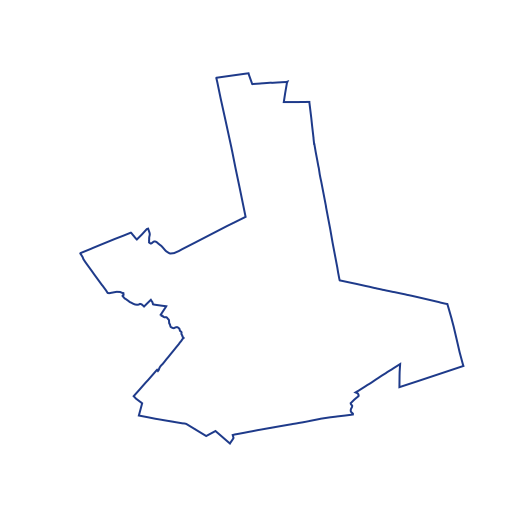 Puiesti, Buzau, Romania (Equal Earth projection), rotated 251°
{"feature_id": "2599482B61093461242490", "entity_name": "Puiesti", "entity_type": "district", "adm_level": 2, "iso_a3": "ROU", "parent_name": "Romania", "parent_adm1": "Buzau", "projection": "equal_earth", "projection_center": [27.232, 45.391], "detail": "fine", "context": "isolated", "style": "outline", "palette": "blue", "viewbox_px": 512, "rotation_deg": 251, "n_neighbors": 0, "source": "geoboundaries", "source_scale": "gbopen_adm2", "svg_char_len": 5949}
<svg xmlns="http://www.w3.org/2000/svg" viewBox="0 0 512 512"><g transform="rotate(251 256 256)"><path d="M148.3,421.3L148.5,420.9L149.4,419.3L149.7,418.8L151.8,415.4L152.9,413.9L154.2,411.8L155.6,409.6L164.2,395.9L167.8,390.1L169.7,386.9L169.8,386.6L171.2,384.5L173.2,381.1L176.8,375.1L177.5,373.7L178.8,371.6L179.4,370.6L180.9,368.0L182.1,366.1L183.0,364.4L183.3,364.1L183.7,363.4L184.2,362.6L184.8,361.6L185.9,359.7L186.6,358.7L187.2,357.5L187.5,357.1L188.2,356.0L189.9,353.4L191.9,350.0L197.2,341.4L198.8,338.7L201.8,333.7L205.0,328.4L205.6,327.3L205.8,327.2L207.7,327.4L211.8,328.0L213.3,328.2L218.5,329.1L243.4,332.7L257.7,335.0L268.9,336.6L279.8,338.2L279.9,338.3L305.1,341.9L308.6,342.3L312.2,342.8L318.7,344.0L320.7,344.2L326.6,345.1L334.9,346.3L342.8,347.6L342.9,347.4L348.2,348.6L349.2,348.9L350.3,349.1L351.1,349.3L360.7,351.4L368.5,353.2L371.8,353.9L384.0,356.5L384.3,356.6L388.2,344.9L392.5,332.4L400.3,336.5L404.5,338.8L409.6,341.6L410.6,342.5L410.6,342.3L410.6,341.4L410.7,341.1L411.8,337.4L412.5,334.8L413.1,332.7L413.8,330.1L414.5,327.5L415.0,326.6L416.9,319.3L417.3,317.9L417.9,315.4L419.0,311.4L419.7,308.8L419.7,308.5L419.8,308.4L429.3,308.3L431.2,308.4L431.4,307.3L431.7,306.0L434.3,292.7L436.9,279.3L437.4,276.7L437.2,276.4L436.9,276.4L435.0,276.2L433.0,276.0L416.7,273.9L393.2,271.2L366.2,268.0L364.8,267.8L362.3,267.5L346.2,265.3L324.7,262.6L296.4,258.9L293.8,238.6L288.4,201.9L286.5,188.5L285.8,184.6L285.6,181.9L285.4,179.5L286.0,176.8L286.3,175.6L287.2,174.6L289.6,172.7L290.7,172.1L292.7,171.3L294.0,170.8L295.4,170.2L296.5,169.7L297.6,168.9L299.5,167.7L300.2,167.3L301.3,166.7L301.9,166.2L302.6,165.3L302.8,164.8L302.9,164.3L302.8,163.7L302.4,162.4L302.1,161.8L302.0,161.2L302.0,160.6L302.4,160.2L303.0,159.7L303.4,159.4L303.8,159.3L304.3,159.6L305.7,160.0L306.9,160.6L307.2,160.6L307.7,160.8L308.6,161.2L309.9,162.0L310.7,162.5L311.2,162.6L311.8,162.8L312.7,162.9L313.6,162.9L315.7,162.9L317.0,162.9L317.0,161.5L313.5,155.1L310.4,148.7L311.2,148.3L312.9,147.6L313.4,147.4L314.4,147.1L315.3,146.7L318.6,145.5L318.8,145.3L318.8,144.7L318.4,137.3L318.3,134.6L318.1,128.8L318.1,128.5L317.5,118.0L317.2,112.6L316.7,104.3L316.5,102.1L315.9,91.2L315.8,90.9L315.6,90.8L315.5,90.7L314.1,91.1L311.5,91.7L309.1,91.8L306.0,92.6L303.0,93.5L294.1,96.2L291.3,97.0L291.0,97.1L278.4,101.0L278.1,101.2L272.3,103.0L270.2,103.5L269.4,103.7L269.1,104.2L268.7,104.9L268.5,105.6L268.4,106.5L268.3,107.4L268.2,108.0L268.1,108.5L268.0,109.4L267.7,111.3L267.5,112.5L267.4,112.9L267.0,113.8L266.5,115.2L266.3,115.6L266.0,116.1L265.2,116.9L264.5,117.7L264.3,118.0L264.1,118.5L262.5,118.2L262.3,118.1L262.2,117.4L262.1,117.1L261.9,116.9L261.7,116.8L261.3,116.9L260.9,117.1L260.4,117.3L260.1,117.4L259.2,117.8L258.8,117.9L258.5,118.1L258.3,118.3L257.5,119.0L256.5,119.7L254.8,120.9L253.8,121.5L253.3,121.9L252.7,122.6L252.1,123.2L251.3,123.9L250.7,124.5L250.0,125.3L249.5,125.9L249.0,126.9L248.6,127.7L248.4,128.3L248.3,129.1L248.3,129.6L248.4,130.2L248.5,130.6L248.4,130.9L248.0,131.5L247.4,132.2L246.6,132.6L245.7,133.2L244.7,133.7L245.2,134.7L245.3,135.0L246.1,136.6L248.8,142.3L247.5,142.6L246.2,143.0L245.7,143.0L245.0,143.0L244.4,142.9L244.2,142.9L243.9,142.9L243.7,143.0L242.3,145.6L239.6,150.9L237.7,154.8L237.6,154.7L231.5,146.8L231.2,147.1L230.9,147.4L230.5,147.5L230.2,147.3L229.9,147.6L229.8,147.9L229.5,148.3L229.2,148.5L228.9,148.6L228.6,148.6L228.4,148.9L227.9,149.5L227.7,149.8L227.5,150.9L227.2,151.4L226.9,151.6L226.4,151.9L225.9,152.0L225.1,152.3L224.6,152.6L223.9,152.8L223.1,152.7L222.4,152.5L221.8,152.3L221.4,152.2L220.8,152.1L220.5,152.0L220.3,152.0L220.0,152.2L219.6,152.3L218.8,152.3L217.8,152.2L217.3,152.2L216.9,152.2L216.4,152.5L215.8,153.1L215.4,153.4L215.1,153.8L214.6,154.5L214.5,154.9L214.5,155.2L214.6,155.8L214.7,156.5L214.6,157.4L214.5,158.1L214.2,158.5L213.6,159.1L213.1,159.4L212.3,159.8L212.0,159.9L211.6,159.9L211.2,159.8L210.7,159.8L210.1,159.8L209.7,159.9L209.3,160.2L208.9,160.5L208.4,160.7L208.0,160.7L207.6,160.6L207.1,160.3L206.8,160.2L206.4,160.1L205.9,160.2L205.2,160.3L204.8,160.4L204.5,160.4L204.2,160.3L203.9,160.3L203.7,160.3L203.4,160.3L203.1,160.4L202.7,160.7L202.4,160.8L202.1,160.9L202.0,160.6L201.7,160.0L201.5,159.6L201.2,159.2L200.8,158.7L200.6,158.4L200.1,157.8L199.3,156.5L198.9,155.7L198.7,155.5L198.2,154.9L197.8,154.3L195.8,151.0L193.9,148.0L191.0,143.3L189.1,140.3L187.5,137.6L185.6,134.7L185.0,133.7L184.4,132.8L183.6,131.1L183.4,130.7L182.8,129.7L182.4,129.2L182.0,128.7L181.2,127.9L180.8,127.6L180.3,127.2L180.0,127.0L179.2,125.8L179.7,125.6L180.0,125.6L180.6,125.4L180.2,124.6L177.2,119.4L173.8,113.5L172.3,110.6L167.6,102.4L163.3,94.7L160.2,96.1L153.8,100.4L143.3,93.3L138.6,101.5L134.9,107.8L121.6,132.2L121.2,133.2L121.0,133.7L120.4,134.7L120.0,135.3L119.7,135.6L102.0,150.3L103.7,160.7L97.7,164.2L90.1,168.6L87.2,170.3L87.7,170.9L89.7,173.6L90.7,174.9L91.3,175.5L94.3,175.7L94.1,178.4L94.0,178.7L93.4,182.6L92.7,187.3L92.0,192.4L91.6,194.9L90.8,200.9L87.5,221.7L85.8,232.2L85.4,234.5L85.2,236.1L84.8,238.2L84.5,239.9L84.2,242.1L83.6,245.5L83.5,246.1L81.1,263.7L81.1,264.1L80.1,269.5L79.3,273.8L79.0,275.1L78.0,279.7L77.9,280.4L76.2,288.0L75.1,293.3L74.6,296.0L75.4,296.3L76.9,295.5L77.8,295.1L78.5,295.1L79.5,295.4L80.8,296.3L81.6,297.3L82.4,297.9L83.2,298.2L83.8,298.0L84.6,297.6L85.2,297.5L86.0,297.6L88.2,302.2L89.4,305.3L89.6,306.1L90.0,306.8L90.1,307.2L90.3,307.5L90.7,307.6L91.2,307.7L91.4,307.7L91.8,307.7L92.9,307.5L93.7,306.7L94.6,305.7L94.8,306.7L95.1,308.0L95.1,308.5L95.6,310.5L96.3,313.4L96.8,315.5L97.3,317.6L97.6,318.6L97.9,320.0L98.0,320.7L98.4,322.6L98.8,324.2L99.3,326.0L99.7,327.4L100.3,329.6L100.8,331.7L101.4,333.9L102.0,336.2L103.0,340.8L103.3,341.6L103.6,342.8L103.7,343.2L104.2,345.6L104.5,347.2L105.1,349.4L106.2,354.1L106.9,357.1L99.7,354.1L96.2,352.8L85.3,348.9L85.2,355.8L85.0,368.1L84.5,416.3L87.1,416.4L98.8,417.2L113.0,418.7L124.9,419.9L131.8,420.4L132.7,420.5L142.0,421.0L148.3,421.3Z" fill="none" stroke="#1e3a8a" stroke-width="2"/></g></svg>